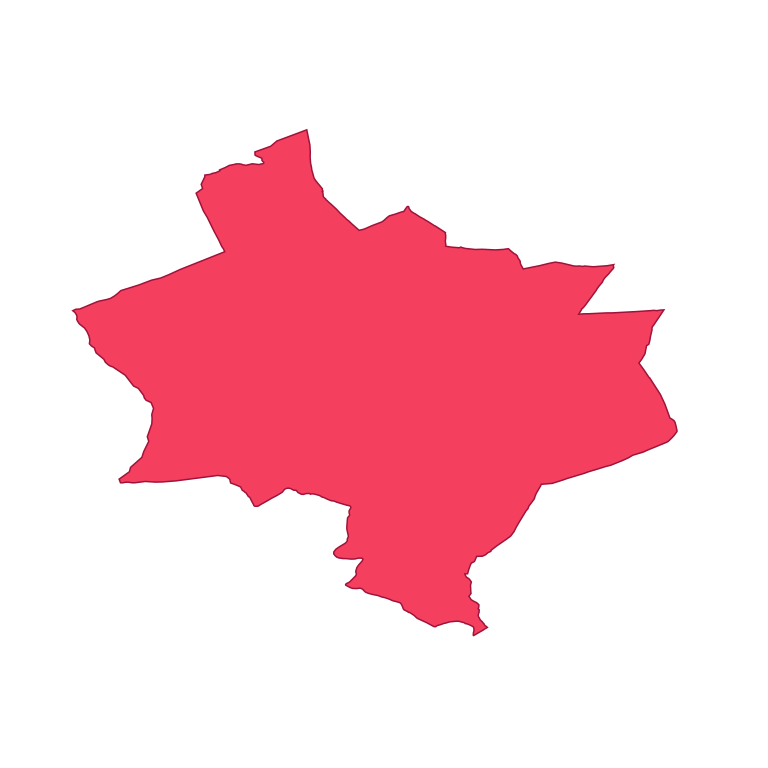 Iveland nor, Aust-Agder, Norway (Equal Earth projection), rotated 348°
{"feature_id": "86288312B22941385681513", "entity_name": "Iveland nor", "entity_type": "district", "adm_level": 2, "iso_a3": "NOR", "parent_name": "Norway", "parent_adm1": "Aust-Agder", "projection": "equal_earth", "projection_center": [7.955, 58.433], "detail": "fine", "context": "isolated", "style": "filled", "palette": "rose", "viewbox_px": 768, "rotation_deg": 348, "n_neighbors": 0, "source": "geoboundaries", "source_scale": "gbopen_adm2", "svg_char_len": 6163}
<svg xmlns="http://www.w3.org/2000/svg" viewBox="0 0 768 768"><g transform="rotate(348 384 384)"><path d="M565.5,512.4L583.7,510.8L589.0,510.6L602.5,508.2L607.8,507.0L612.5,505.4L624.0,504.4L627.2,503.6L648.5,499.7L650.1,499.2L654.0,496.8L656.8,494.8L660.2,491.9L660.9,490.9L660.9,486.2L660.7,481.9L660.0,480.1L658.7,478.6L656.6,476.7L654.6,462.3L652.2,451.8L645.2,433.3L644.6,432.7L641.3,424.5L637.7,416.5L641.0,413.6L645.5,408.8L648.8,401.1L651.3,400.2L653.4,396.0L654.0,394.2L655.5,390.8L657.5,386.6L657.5,385.9L657.8,384.9L658.4,383.8L659.8,382.7L673.2,369.7L670.1,369.2L666.3,369.0L663.0,368.0L659.5,367.6L645.1,365.5L621.5,361.8L615.8,360.6L599.7,358.0L594.0,356.9L589.0,356.2L592.8,352.2L592.9,351.7L594.8,350.8L598.2,348.0L610.8,336.8L612.0,335.4L614.3,333.3L619.0,329.6L619.8,328.2L621.6,326.5L623.0,325.4L626.4,323.2L629.0,321.1L632.3,318.7L633.0,317.7L632.9,315.6L633.5,315.0L626.7,314.7L612.9,312.8L604.4,310.2L603.7,310.4L601.6,310.0L601.1,309.6L599.8,309.3L598.9,309.0L597.9,309.0L594.4,308.1L583.1,302.7L576.9,300.4L570.4,300.3L560.8,300.6L544.1,300.4L542.6,295.5L542.5,294.0L542.7,292.0L541.3,288.6L541.0,286.5L539.9,284.7L538.5,283.6L535.8,280.3L533.9,277.6L531.4,277.3L529.0,277.2L520.9,276.0L507.9,272.6L501.3,271.4L492.0,268.4L488.7,266.8L487.7,266.0L486.0,266.4L478.0,264.0L473.7,262.3L472.9,261.9L473.5,260.5L473.5,259.0L473.7,257.0L474.7,254.0L475.3,251.2L475.2,249.6L475.6,248.7L466.9,240.0L466.4,239.8L460.9,234.3L458.4,232.1L457.8,231.4L453.5,227.7L449.8,223.9L448.8,223.2L446.5,220.8L445.0,217.5L445.0,215.8L444.4,215.3L443.6,215.3L441.6,217.0L439.3,219.3L436.5,219.4L430.0,220.2L424.2,220.6L421.6,221.8L418.3,223.8L415.7,225.0L405.9,226.5L396.4,228.4L391.6,228.5L385.6,220.4L383.4,217.1L381.6,215.1L380.6,213.4L376.5,207.6L374.0,203.4L369.8,197.4L367.8,194.8L366.3,192.5L365.5,191.6L365.4,190.8L364.4,189.6L363.8,188.5L363.6,187.8L364.0,184.3L363.5,183.1L364.4,182.7L364.0,180.9L364.3,180.2L360.8,173.5L359.5,170.9L358.3,167.9L358.3,166.1L357.9,160.1L357.9,159.1L358.1,157.5L358.1,152.9L358.9,146.8L360.1,141.9L361.2,134.9L361.3,119.3L329.8,124.0L322.6,127.9L306.2,130.1L306.3,130.4L305.9,130.7L306.0,131.1L305.6,132.1L305.5,133.3L305.7,133.7L311.4,137.8L311.4,138.3L311.1,139.9L311.6,141.0L312.3,141.8L312.5,142.4L312.1,143.0L311.2,143.4L309.5,143.2L308.1,143.4L306.8,143.2L301.0,141.2L294.3,141.4L293.0,140.7L291.6,140.4L290.4,139.4L287.9,138.5L284.8,137.9L284.1,138.1L278.2,138.0L273.5,139.3L267.7,140.4L267.9,141.3L263.6,142.3L259.6,142.3L257.7,142.8L252.2,142.4L251.8,144.1L246.7,150.7L247.2,155.1L239.9,158.3L243.3,177.1L245.8,184.4L249.6,199.5L252.2,208.4L253.9,215.7L255.0,218.3L255.7,221.5L208.4,229.6L196.4,232.3L187.6,233.9L178.3,234.1L164.4,236.2L146.1,237.9L141.9,240.3L138.8,241.8L134.2,243.4L130.1,243.7L122.5,243.7L120.4,243.9L101.9,247.4L98.2,246.8L94.8,247.6L96.6,249.8L97.7,252.9L97.7,254.5L96.9,257.0L97.3,258.8L98.5,261.9L102.8,267.1L104.4,271.0L105.4,275.6L105.4,279.9L104.2,283.4L105.6,285.8L108.4,288.7L108.4,290.7L108.9,293.7L115.1,301.5L116.0,304.8L118.4,308.1L120.1,309.6L122.3,310.9L132.7,321.6L138.6,333.9L142.7,337.1L146.4,344.9L146.7,347.9L147.9,350.4L152.3,353.7L153.5,359.9L150.5,365.6L150.0,369.5L148.6,374.7L141.5,386.4L142.0,391.1L135.1,399.9L131.9,405.4L118.7,412.9L116.7,416.9L105.1,422.0L105.7,425.8L107.7,426.3L111.0,426.4L113.5,426.9L116.9,428.2L119.7,428.8L130.2,429.7L139.9,432.4L146.7,433.7L160.4,435.5L202.3,438.9L210.6,441.7L212.7,444.2L213.5,445.4L213.3,447.0L213.4,448.9L216.8,451.0L222.3,454.8L223.3,458.5L224.8,459.9L225.5,461.0L226.5,462.0L227.9,465.8L229.2,467.0L230.1,470.7L231.2,474.3L231.4,475.7L231.6,476.1L232.5,476.8L234.3,477.2L236.0,477.2L238.1,476.3L245.9,473.9L250.3,472.4L256.7,470.6L262.0,468.7L264.5,466.6L265.5,466.1L267.1,465.8L268.1,465.9L269.2,466.1L271.0,466.9L273.5,469.1L275.8,469.7L276.1,469.9L277.4,472.5L278.2,472.9L280.1,474.6L282.0,475.2L285.1,475.0L287.3,475.4L288.5,475.7L289.1,476.5L289.8,476.4L291.8,476.7L294.4,477.9L297.3,479.4L298.8,480.5L299.2,481.2L300.5,482.0L301.3,482.3L304.1,484.5L307.3,486.7L308.3,487.3L310.6,488.0L313.3,489.8L316.3,491.5L322.2,494.7L324.9,495.9L325.7,496.6L325.9,497.5L325.8,498.3L323.6,500.6L323.3,501.5L323.1,502.6L323.2,504.9L322.2,506.1L321.3,506.6L320.5,507.5L320.2,508.3L318.2,515.1L317.5,518.0L317.5,525.7L316.1,527.6L315.7,528.4L315.6,529.5L314.6,530.7L312.7,531.8L306.3,534.0L302.6,535.6L300.0,537.8L299.5,539.7L300.5,541.8L301.8,543.5L303.6,544.7L307.5,546.2L310.9,547.0L315.3,548.4L319.2,549.1L322.7,549.0L325.1,549.5L326.7,550.1L326.9,551.2L325.9,552.5L321.5,555.8L319.4,557.8L317.7,560.8L317.3,562.0L317.5,563.1L317.3,564.5L316.6,565.6L309.5,570.3L308.4,570.8L305.8,571.4L305.1,571.8L304.8,572.1L304.7,572.5L304.8,572.9L308.9,576.3L310.8,577.4L314.5,578.4L318.0,578.7L319.0,579.2L320.4,580.3L321.8,582.6L322.6,583.7L325.0,585.4L329.1,587.5L334.4,589.8L337.2,591.7L340.7,593.3L344.8,595.8L347.3,597.7L352.7,600.4L354.5,601.6L355.2,603.1L355.8,605.6L356.1,607.8L356.5,608.9L359.2,611.1L360.6,612.5L361.6,612.9L363.0,614.2L365.5,616.8L366.8,618.8L368.0,620.3L376.2,626.4L382.3,631.6L383.6,632.1L384.6,631.9L386.1,631.3L388.8,631.2L393.2,630.6L395.0,630.7L398.3,630.3L404.0,630.9L407.0,631.4L408.6,632.0L410.1,632.8L412.5,634.0L413.5,634.8L413.6,635.2L415.2,635.8L417.5,637.3L420.7,639.9L421.1,641.2L421.1,641.8L420.7,644.0L419.7,646.0L419.2,647.9L419.1,648.4L419.4,648.7L430.1,645.2L431.2,644.7L434.5,643.6L433.7,642.4L432.8,641.6L432.1,640.3L432.0,639.5L431.3,638.3L430.6,636.9L429.1,634.8L428.6,632.7L428.1,631.6L428.1,629.5L429.5,627.1L430.2,624.6L429.4,623.4L430.3,621.9L430.9,619.8L430.8,619.4L429.1,617.1L427.0,615.5L424.5,613.2L422.9,609.3L423.7,608.7L425.6,606.9L425.7,605.4L426.8,598.7L428.3,595.8L427.0,592.8L426.1,591.6L424.8,590.4L424.3,589.7L423.7,587.4L423.6,586.5L426.3,587.0L428.4,583.0L430.6,579.4L432.1,577.4L435.6,576.4L438.8,571.9L444.4,572.9L447.7,572.2L450.6,570.6L453.7,569.9L454.4,568.8L460.8,565.7L471.5,561.3L476.4,559.0L480.6,555.3L483.6,551.5L487.8,546.9L496.7,537.5L498.8,536.0L500.4,533.5L506.3,528.4L507.4,527.2L508.4,525.2L510.2,522.6L515.7,516.6L517.0,514.8L527.8,516.2L539.0,515.1L543.5,514.5L561.4,513.0L565.5,512.4Z" fill="#f43f5e" stroke="#9f1239" stroke-width="1.5"/></g></svg>